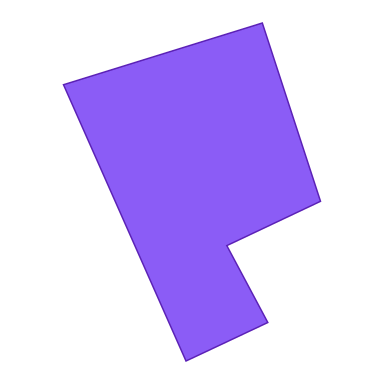 outline of Suhag City, Suhaj, Egypt
{"feature_id": "37247803B45887361748458", "entity_name": "Suhag City", "entity_type": "district", "adm_level": 2, "iso_a3": "EGY", "parent_name": "Egypt", "parent_adm1": "Suhaj", "projection": "orthographic", "projection_center": [31.655, 26.477], "detail": "fine", "context": "isolated", "style": "filled", "palette": "violet", "viewbox_px": 384, "rotation_deg": 0, "n_neighbors": 0, "source": "geoboundaries", "source_scale": "gbopen_adm2", "svg_char_len": 213}
<svg xmlns="http://www.w3.org/2000/svg" viewBox="0 0 384 384"><path d="M267.8,322.5L226.8,245.6L320.5,201.3L262.3,23.0L63.5,84.7L186.0,361.0L267.8,322.5Z" fill="#8b5cf6" stroke="#5b21b6" stroke-width="1.5"/></svg>